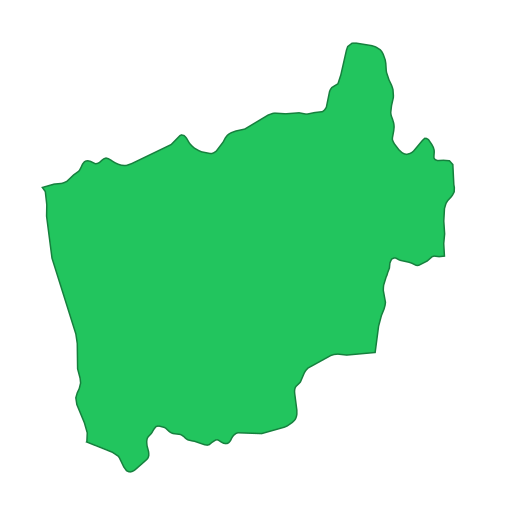 SVG path tracing the border of Ratchaburi, rotated 354°
{"feature_id": "THA-421", "entity_name": "Ratchaburi", "entity_type": "Province", "adm_level": 1, "iso_a3": "THA", "parent_name": "Thailand", "parent_adm1": "", "projection": "robinson", "projection_center": [99.634, 13.544], "detail": "fine", "context": "isolated", "style": "filled", "palette": "green", "viewbox_px": 512, "rotation_deg": 354, "n_neighbors": 0, "source": "natural_earth", "source_scale": "10m", "svg_char_len": 3415}
<svg xmlns="http://www.w3.org/2000/svg" viewBox="0 0 512 512"><g transform="rotate(354 256 256)"><path d="M68.1,423.2L68.4,422.9L69.7,414.2L67.9,403.9L62.3,385.0L62.0,378.2L63.9,373.5L66.4,369.3L68.3,364.0L68.3,359.2L66.8,349.5L69.1,324.4L68.7,314.7L52.9,236.8L51.9,194.5L53.3,183.1L53.2,169.9L50.7,165.5L62.7,163.4L70.4,163.5L72.7,163.0L75.7,162.0L83.1,156.3L88.5,153.2L89.6,152.1L91.4,149.4L93.1,146.5L95.2,144.4L96.7,143.8L98.6,143.7L101.3,144.6L105.9,147.5L107.9,147.4L110.0,146.7L113.0,144.5L115.0,143.4L117.1,142.9L119.3,143.8L122.0,145.7L123.1,146.7L125.6,148.6L128.5,150.3L131.4,151.6L134.9,152.3L136.7,152.4L142.1,151.1L183.3,136.3L193.0,128.3L194.5,127.8L197.0,128.7L198.2,130.1L199.2,131.6L201.2,136.1L202.0,137.5L203.9,140.0L206.0,142.3L209.9,145.1L212.7,146.7L220.8,149.2L222.6,149.5L224.7,149.0L227.4,147.6L235.3,139.2L237.9,135.3L240.1,133.0L241.8,131.9L244.3,130.8L249.0,129.6L258.1,128.6L282.8,117.1L287.8,115.9L289.7,115.9L300.4,117.7L313.8,118.1L320.5,120.1L322.2,120.2L329.1,119.5L337.2,119.4L339.4,118.0L341.5,115.5L346.4,100.0L347.5,98.1L349.0,96.4L352.3,94.8L354.9,93.6L355.5,93.3L359.3,84.8L367.5,60.7L369.1,57.3L373.8,54.4L378.0,54.8L393.1,58.9L396.3,60.3L397.6,61.1L401.1,63.9L402.4,65.8L403.6,68.7L405.0,74.6L405.2,78.1L404.9,85.1L405.0,87.2L406.7,94.9L408.6,100.2L409.2,102.6L409.6,104.9L409.4,111.0L409.1,112.9L406.5,120.6L405.0,127.3L405.0,129.2L405.3,131.3L406.0,133.9L406.8,138.1L406.9,140.1L406.8,142.2L406.0,146.0L404.0,152.8L403.8,154.6L404.4,156.7L405.3,158.9L409.2,165.3L412.0,168.5L414.1,169.9L416.5,170.7L420.0,170.1L422.1,169.2L423.7,168.1L433.6,158.5L436.1,156.6L437.8,156.9L439.7,158.3L442.5,163.5L443.7,166.5L444.2,169.3L444.1,171.2L443.4,175.2L443.2,177.1L444.2,178.9L446.6,180.1L452.4,180.4L458.3,181.5L461.3,185.6L460.2,205.7L460.4,208.7L459.8,212.9L457.9,215.8L456.4,217.5L452.5,220.9L450.6,223.3L449.9,224.8L448.4,228.5L446.4,240.9L445.9,253.8L444.0,263.2L443.4,275.8L438.1,275.8L433.1,274.7L431.1,275.1L425.7,278.9L417.0,282.2L415.5,282.3L414.1,281.9L410.1,279.4L407.5,278.2L399.1,275.4L397.6,274.6L395.2,272.9L394.1,272.4L392.9,272.5L391.8,272.8L390.7,273.2L389.7,274.6L388.4,277.0L387.4,282.0L385.3,286.1L384.2,288.8L383.2,290.5L379.9,298.3L379.4,300.7L379.0,303.6L379.9,315.6L379.2,318.5L377.8,322.1L374.5,328.3L370.6,338.5L364.4,364.4L335.9,364.0L327.1,362.1L323.2,362.1L319.9,362.8L296.1,372.8L293.7,374.9L292.7,376.1L291.8,377.3L287.0,385.9L285.9,386.9L282.3,389.7L281.3,390.9L280.6,392.6L280.2,394.5L280.1,396.6L280.5,413.5L280.1,417.5L279.6,419.3L278.9,420.9L278.2,422.2L277.1,423.4L274.7,425.3L269.2,428.3L266.3,429.2L243.1,433.2L219.5,429.9L217.5,430.4L215.0,432.0L213.6,433.5L212.5,435.0L211.7,436.4L210.7,437.6L209.5,438.7L208.1,439.4L206.2,439.4L204.1,438.8L201.6,437.1L200.1,435.8L198.6,434.8L196.8,434.7L192.6,436.8L189.8,438.7L187.8,439.0L185.1,438.3L175.4,433.8L173.5,433.3L169.2,431.8L167.7,430.7L166.5,429.5L165.6,428.3L163.2,426.2L161.9,425.5L155.0,423.9L153.6,423.2L152.3,422.3L151.2,421.3L148.2,417.8L146.9,416.9L142.2,415.1L140.4,414.9L138.7,415.2L136.8,417.1L135.4,418.8L134.3,420.4L133.3,421.6L129.9,424.5L128.9,425.8L128.3,427.3L127.9,429.2L127.8,431.3L127.8,433.4L128.7,439.4L128.7,441.3L128.5,443.2L127.9,444.7L127.1,446.0L126.0,447.0L113.5,455.9L112.0,456.7L110.4,457.3L108.6,457.6L106.8,457.2L104.8,456.0L102.5,452.0L99.0,442.3L98.1,440.7L92.7,436.2L75.6,427.2L68.1,423.2Z" fill="#22c55e" stroke="#15803d" stroke-width="1.5"/></g></svg>